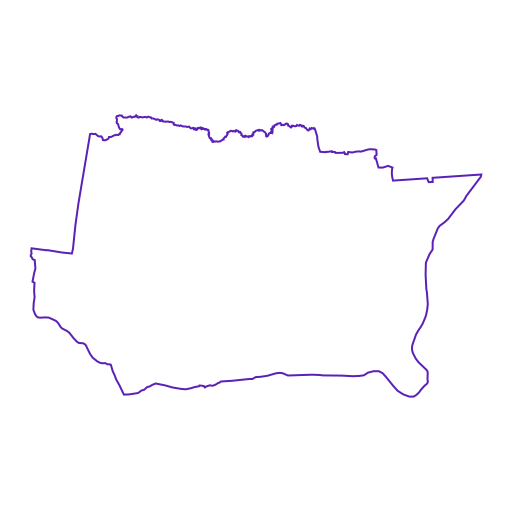 Sai Ngam, Kamphaeng Phet, Thailand
{"feature_id": "78962969B50416991150341", "entity_name": "Sai Ngam", "entity_type": "district", "adm_level": 2, "iso_a3": "THA", "parent_name": "Thailand", "parent_adm1": "Kamphaeng Phet", "projection": "mercator", "projection_center": [99.833, 16.445], "detail": "fine", "context": "isolated", "style": "outline", "palette": "violet", "viewbox_px": 512, "rotation_deg": 0, "n_neighbors": 0, "source": "geoboundaries", "source_scale": "gbopen_adm2", "svg_char_len": 6072}
<svg xmlns="http://www.w3.org/2000/svg" viewBox="0 0 512 512"><path d="M90.1,134.0L78.4,203.6L75.4,225.2L73.0,248.6L71.9,253.5L62.6,252.6L47.9,250.2L46.9,250.1L46.5,250.3L31.6,248.3L31.2,251.4L31.6,253.7L30.8,255.1L30.7,256.2L31.8,257.4L32.7,259.3L34.7,260.0L35.4,268.5L34.2,272.9L32.5,281.7L34.5,282.7L34.1,291.4L34.6,297.1L33.7,303.1L33.4,309.0L33.5,310.2L35.1,314.3L36.0,315.7L37.6,317.3L40.2,317.7L45.2,317.4L48.8,317.6L55.4,320.6L56.7,321.5L58.2,323.1L60.5,326.8L62.0,328.4L66.8,330.9L69.2,332.6L73.5,338.1L76.7,341.5L78.7,342.9L83.2,343.3L85.2,344.5L86.0,345.6L89.9,353.6L91.2,355.6L92.8,357.8L97.6,361.6L100.4,362.9L102.5,363.3L105.2,363.1L107.5,364.3L110.1,364.4L110.9,364.8L112.6,370.9L114.8,375.6L116.0,379.1L119.2,384.8L123.9,394.6L129.1,394.4L137.7,393.1L138.7,392.6L141.3,390.6L144.3,389.7L146.8,387.3L150.2,386.2L152.0,385.0L155.7,383.5L165.2,385.4L172.7,387.5L181.1,388.9L185.6,389.3L190.2,388.4L194.2,387.2L199.1,386.2L199.5,385.5L201.9,385.7L204.1,386.2L204.7,387.4L205.3,387.3L206.2,386.5L209.8,385.3L212.3,385.8L214.8,385.0L216.9,383.9L217.6,383.2L219.3,382.7L220.9,381.5L231.9,380.8L249.1,379.0L252.4,379.0L255.7,377.1L260.7,376.8L267.7,375.7L275.2,373.5L277.4,373.1L279.8,372.9L282.6,373.2L287.9,375.5L311.9,374.7L320.1,375.0L322.7,375.4L341.4,375.6L352.9,376.2L359.7,375.9L363.9,375.3L368.1,372.6L373.6,371.2L378.8,371.2L382.5,373.1L385.8,376.7L392.9,385.5L397.5,390.7L403.3,394.4L409.3,396.6L413.7,396.6L416.1,395.1L418.8,392.7L421.0,389.7L424.4,385.9L426.9,383.8L427.5,382.9L427.9,381.3L427.5,380.0L427.7,372.5L427.5,371.5L426.6,370.0L418.6,362.3L415.8,358.7L413.1,353.5L412.4,351.5L412.0,349.0L412.1,346.3L412.7,344.0L416.1,334.4L418.1,330.8L420.6,327.2L422.7,323.6L425.1,317.9L426.1,315.0L427.2,309.7L427.8,304.1L426.9,292.4L426.3,288.6L425.6,274.5L425.9,262.6L429.6,254.0L432.6,249.6L432.7,241.8L433.5,239.0L437.8,228.4L439.7,225.8L444.1,222.6L448.0,219.1L455.5,209.2L463.5,200.9L464.4,199.6L466.3,196.0L480.8,176.8L481.3,174.5L432.6,177.8L432.7,182.0L428.7,182.1L427.1,178.3L393.0,180.6L392.1,176.4L391.8,172.8L392.1,169.0L392.5,167.6L388.2,165.9L382.7,167.6L378.5,167.5L375.9,158.4L375.1,158.6L374.5,157.7L375.0,156.0L376.6,154.9L376.3,150.0L374.9,149.5L370.2,149.2L368.1,149.5L361.0,151.6L359.4,151.4L356.1,151.6L352.3,152.5L348.2,152.0L347.6,154.3L345.0,154.1L344.9,153.3L344.1,152.1L343.2,152.8L335.4,152.9L334.8,151.9L331.9,152.0L331.7,151.2L327.7,151.9L326.1,151.8L325.8,152.2L325.5,152.2L320.2,151.8L318.7,147.7L318.2,145.4L317.3,138.9L317.2,136.7L315.7,131.3L314.6,128.5L313.9,128.7L313.6,128.1L312.9,128.5L311.6,128.0L310.7,129.2L309.7,128.5L309.1,129.8L308.2,130.5L307.0,129.6L305.8,127.9L304.6,127.6L303.9,126.2L303.0,125.7L302.5,126.5L301.6,126.4L300.9,125.2L300.1,124.9L299.8,124.9L299.0,125.8L297.0,125.0L296.5,125.9L295.3,126.3L293.5,125.9L292.9,126.1L292.6,125.7L292.0,125.6L291.5,126.2L291.3,127.3L290.9,127.5L289.2,126.0L288.1,125.6L288.1,124.3L287.4,123.7L286.0,123.6L285.5,124.4L284.5,124.5L283.9,125.2L282.6,124.9L281.5,125.3L281.3,125.2L281.4,124.6L280.3,123.0L278.4,123.7L277.3,123.6L276.6,124.8L275.6,124.7L275.0,125.2L274.4,125.4L274.4,126.1L274.2,126.8L272.8,126.6L272.8,128.2L272.3,128.0L272.1,128.5L271.3,128.8L271.2,129.6L271.6,130.1L272.4,129.8L272.6,131.7L272.4,132.5L271.8,131.7L271.2,131.8L271.4,133.0L269.4,133.1L268.6,134.2L268.3,135.3L267.8,136.0L266.8,136.6L266.4,136.5L266.2,136.2L266.7,135.8L266.8,135.4L265.9,134.6L266.0,133.8L265.2,132.5L262.0,130.1L261.2,130.5L260.0,130.0L259.9,130.4L259.2,130.7L259.1,130.3L258.5,130.0L258.2,130.3L257.6,130.2L255.8,130.8L254.8,131.9L253.4,132.3L253.5,133.7L252.6,134.2L253.1,135.0L252.6,135.3L252.2,136.2L251.7,136.3L251.2,135.8L249.9,136.6L249.4,136.3L248.7,137.0L248.2,136.4L247.8,136.7L247.0,136.4L246.3,136.5L245.7,135.8L245.1,135.7L244.7,135.9L244.6,136.9L243.9,136.6L243.0,136.7L242.7,136.0L241.5,135.3L241.8,134.7L241.3,133.5L240.7,133.3L240.3,132.0L239.6,131.8L239.3,132.3L239.0,132.3L237.9,130.8L236.8,130.6L236.4,130.2L235.9,130.3L235.8,131.4L235.6,131.6L234.3,131.4L233.8,130.9L232.6,131.4L232.0,131.0L230.5,130.8L229.8,131.5L227.4,132.4L227.1,133.0L227.7,133.5L227.6,134.1L226.1,136.6L225.6,136.6L225.6,137.1L224.7,137.2L223.7,138.6L223.6,139.5L222.6,139.5L222.1,140.1L220.0,141.4L219.6,141.3L218.5,141.7L217.2,141.6L216.0,141.3L215.0,141.7L214.0,141.3L213.4,141.9L212.9,142.0L212.4,141.8L212.6,140.5L211.6,140.3L211.8,139.8L211.6,139.1L210.8,139.0L210.8,138.1L209.7,137.9L209.1,136.7L209.1,135.8L208.4,134.6L208.5,134.3L209.1,134.1L209.2,133.9L208.7,133.0L209.0,132.3L208.3,130.8L208.4,130.1L207.9,129.7L207.1,129.9L206.2,129.0L205.6,129.0L205.0,129.6L204.4,129.0L203.5,129.0L203.4,128.4L203.2,128.3L202.9,128.8L202.3,128.8L201.5,129.3L201.1,128.9L201.6,127.8L200.3,127.4L199.1,128.3L198.1,127.9L197.5,128.1L197.4,129.0L197.0,129.7L196.1,129.9L195.6,128.9L195.1,129.5L193.9,129.3L193.9,128.8L194.3,128.3L193.8,127.9L193.0,127.9L191.5,128.4L190.4,128.1L189.1,126.6L187.3,127.0L186.5,126.6L182.7,126.4L180.6,125.4L179.5,126.0L178.3,125.4L177.0,125.5L175.3,124.8L174.5,125.0L173.7,124.5L173.7,122.9L170.8,121.8L169.3,122.0L168.2,121.5L165.8,121.7L162.8,121.4L162.5,121.2L162.5,120.4L161.6,119.8L161.1,120.0L160.5,121.0L159.8,121.0L159.1,119.8L157.5,119.3L156.2,119.8L155.7,119.7L154.8,119.0L152.9,118.4L151.6,118.5L150.8,117.3L149.4,117.2L148.5,116.7L147.7,116.9L146.8,117.5L145.3,116.9L142.5,117.4L140.8,117.0L139.6,117.0L139.0,117.5L138.0,117.5L137.1,116.9L137.3,116.2L136.5,116.0L136.1,115.4L134.8,116.9L133.8,116.7L131.9,117.6L131.6,117.6L130.9,116.6L130.2,116.3L129.6,116.7L128.5,116.8L127.7,117.4L126.4,117.6L123.3,117.4L122.6,116.5L122.0,116.3L121.8,115.6L119.3,115.4L118.4,115.9L116.9,116.1L116.5,116.7L116.3,118.0L116.9,119.0L116.9,121.5L116.6,122.0L116.8,123.1L118.0,124.0L119.0,127.5L120.1,129.2L122.2,129.1L122.5,129.6L122.5,130.1L121.5,130.9L121.2,132.0L120.3,132.7L119.7,134.3L118.8,134.3L118.3,135.0L116.7,134.8L114.1,135.4L111.2,136.9L109.0,137.0L108.6,138.3L107.9,139.1L105.1,140.3L103.0,140.1L102.4,137.9L101.2,136.3L99.2,136.5L97.9,136.0L95.5,133.9L93.0,134.1L91.9,133.7L90.1,134.0Z" fill="none" stroke="#5b21b6" stroke-width="2"/></svg>